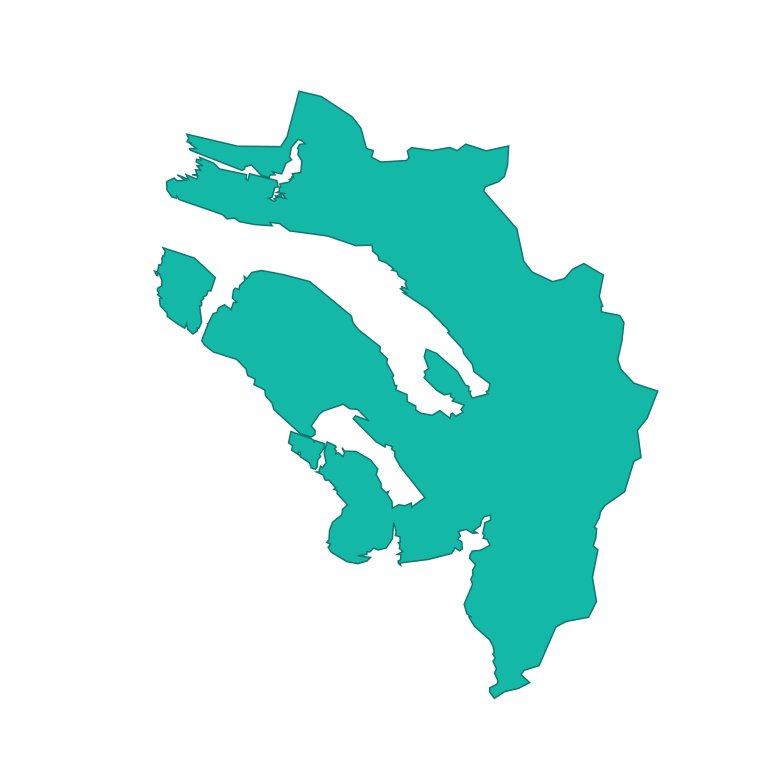 Hyllestad nor, Sogn og Fjordane, Norway (Albers equal-area conic projection), rotated 18°
{"feature_id": "86288312B29957343323174", "entity_name": "Hyllestad nor", "entity_type": "district", "adm_level": 2, "iso_a3": "NOR", "parent_name": "Norway", "parent_adm1": "Sogn og Fjordane", "projection": "albers", "projection_center": [5.193, 61.176], "detail": "fine", "context": "isolated", "style": "filled", "palette": "teal", "viewbox_px": 768, "rotation_deg": 18, "n_neighbors": 0, "source": "geoboundaries", "source_scale": "gbopen_adm2", "svg_char_len": 6160}
<svg xmlns="http://www.w3.org/2000/svg" viewBox="0 0 768 768"><g transform="rotate(18 384 384)"><path d="M119.2,207.4L122.3,210.6L121.8,214.5L126.9,214.0L125.0,215.2L132.9,218.0L126.3,220.2L127.5,221.5L182.9,224.7L184.9,222.8L184.7,220.3L190.2,216.6L202.7,223.4L211.1,223.1L211.1,220.5L215.7,218.7L212.5,216.7L221.8,215.8L222.5,204.3L226.9,199.3L224.0,197.3L222.8,187.7L226.6,178.2L229.8,177.7L234.8,179.8L229.7,182.1L228.9,186.6L230.4,187.3L231.2,192.4L236.8,197.1L239.6,208.7L231.8,212.3L234.3,215.5L231.7,215.5L233.0,216.1L231.0,218.6L232.3,218.7L231.5,221.2L223.1,226.0L224.9,228.6L223.6,229.2L224.8,233.1L222.8,235.0L230.5,233.6L229.2,235.2L233.5,237.9L225.4,238.7L229.1,237.7L227.2,235.1L224.6,237.6L225.2,239.5L222.0,238.1L223.9,240.1L222.2,242.0L224.4,242.7L223.1,244.3L216.8,243.1L220.0,240.6L219.4,231.0L222.3,229.2L219.3,223.7L191.2,225.6L191.6,232.6L189.7,231.9L188.6,227.4L161.0,230.3L154.1,226.6L138.8,225.4L140.7,227.7L136.2,228.2L136.8,230.8L144.4,232.3L138.6,234.1L143.6,237.4L138.4,238.5L141.5,242.5L136.9,244.2L142.7,243.8L142.6,247.0L131.1,246.0L134.8,249.9L122.7,248.9L132.2,251.7L124.5,254.7L120.7,253.0L114.7,258.8L117.7,266.6L124.5,271.6L129.0,271.5L128.7,269.1L132.2,271.9L178.1,272.8L183.8,275.5L190.9,272.3L196.1,274.3L211.8,272.3L228.7,268.1L225.6,265.5L235.1,263.7L247.1,267.5L284.5,260.7L314.5,261.1L329.7,255.6L332.3,261.3L338.6,263.8L341.0,267.7L348.7,268.0L357.5,271.5L356.2,273.3L361.3,272.9L364.5,276.8L373.4,278.9L373.1,282.1L377.1,286.4L370.8,286.0L371.6,287.6L370.4,288.4L377.3,290.5L374.6,291.4L403.0,299.3L427.5,312.1L429.8,314.2L428.7,315.3L448.5,326.6L450.0,330.0L461.9,338.0L465.7,344.4L484.8,351.1L485.3,358.0L483.6,359.4L486.0,361.3L472.3,370.1L468.6,366.6L468.7,364.1L466.7,364.6L465.6,360.1L461.8,360.0L450.0,349.4L424.2,338.6L413.4,337.9L413.8,345.6L421.7,355.5L418.4,359.8L420.9,362.5L420.1,365.6L436.4,373.8L444.7,375.7L450.5,372.4L451.1,375.3L455.5,376.4L454.1,378.9L466.9,379.3L465.1,384.4L467.9,386.4L462.0,392.6L458.2,390.6L456.9,391.8L457.4,396.3L445.4,392.0L439.4,398.9L427.9,400.4L422.2,398.9L421.0,395.1L411.5,393.5L409.2,387.0L397.1,385.9L396.6,381.5L394.7,382.0L389.8,374.8L390.5,372.9L380.0,363.0L379.5,359.1L370.1,354.4L368.9,349.8L343.1,340.3L335.6,335.3L332.0,329.4L281.6,309.5L254.1,311.1L232.3,313.9L223.8,318.8L221.0,326.3L217.9,324.9L219.6,328.8L216.2,335.1L217.1,339.0L212.9,338.8L211.9,341.4L213.2,349.1L218.9,351.8L215.6,353.0L215.7,360.7L207.8,357.9L203.2,362.8L203.0,367.9L199.8,369.7L198.1,381.2L196.8,381.1L198.1,381.8L197.2,399.0L201.2,402.4L211.9,406.3L236.2,406.1L248.1,412.3L251.8,418.1L260.0,419.1L260.5,424.8L272.5,426.5L274.9,431.7L283.1,436.5L287.3,442.4L319.6,457.0L331.4,456.8L334.0,453.4L332.9,449.5L327.8,446.6L331.7,433.0L334.7,428.4L351.5,415.8L359.0,418.1L366.7,416.3L381.2,423.7L366.8,423.0L365.5,426.6L394.4,441.4L404.5,443.6L404.0,440.7L411.6,441.0L411.2,443.5L415.3,445.0L416.5,449.5L425.1,457.5L458.0,479.4L448.2,492.7L446.8,488.7L441.4,493.4L435.3,494.2L430.4,499.7L427.9,493.3L421.4,488.0L421.5,484.8L419.4,486.7L413.5,483.8L411.8,479.3L404.7,472.7L404.4,466.8L394.9,460.5L378.4,456.8L367.0,460.0L363.8,457.4L367.8,462.0L367.4,465.8L361.8,463.5L359.7,465.5L359.2,462.3L356.7,461.0L358.0,459.1L357.1,457.8L347.8,456.7L348.2,467.7L353.3,476.8L351.5,482.5L349.0,481.8L349.1,487.6L347.1,488.5L354.0,489.3L357.7,493.6L361.6,492.5L370.0,497.7L368.9,499.7L372.4,499.7L373.2,502.7L386.7,510.2L383.2,516.0L384.4,521.2L377.8,531.4L377.4,540.0L379.8,548.9L378.5,552.4L382.6,552.8L381.3,556.6L386.1,560.3L403.6,564.4L414.6,563.0L422.6,557.5L424.8,553.1L412.0,555.6L420.4,551.4L419.3,548.8L422.5,548.1L424.9,543.2L429.6,543.7L436.8,539.3L439.8,528.6L436.0,512.7L441.3,520.8L441.6,524.5L446.4,524.5L448.4,529.8L446.6,530.5L449.1,532.6L449.4,535.7L453.6,537.4L449.5,541.8L452.9,541.0L454.0,546.1L452.1,548.1L453.3,550.3L455.8,551.3L454.7,549.2L480.3,537.2L500.6,524.3L502.3,517.9L507.3,519.3L509.5,516.7L506.7,509.9L502.0,509.0L503.5,505.0L500.4,501.3L507.2,496.8L514.4,498.6L518.6,496.9L514.4,495.8L519.4,489.0L519.0,482.8L520.4,479.1L525.7,475.9L527.5,480.4L522.9,484.7L524.1,495.6L526.3,496.9L525.9,500.0L530.0,499.8L534.7,504.6L527.0,512.4L519.5,515.7L518.7,520.6L519.3,523.4L527.1,527.7L525.8,533.6L527.5,537.8L527.0,542.9L530.1,547.2L528.3,568.7L533.8,576.9L538.5,578.5L536.8,579.4L545.2,586.6L563.5,594.6L568.7,599.6L571.6,604.7L571.1,607.3L574.6,610.3L573.3,613.9L579.0,620.1L578.3,624.7L584.3,631.3L584.2,634.6L578.4,640.4L579.6,644.1L586.1,648.9L593.8,639.3L606.0,631.9L614.8,623.0L604.2,618.1L605.7,613.0L618.5,603.9L622.6,561.8L630.6,553.6L650.6,542.6L653.3,525.2L642.0,503.5L638.7,475.6L633.0,473.3L633.1,465.0L630.8,455.8L628.2,455.3L630.1,444.7L629.3,438.7L631.7,431.1L646.1,412.1L645.5,380.5L651.2,374.5L639.3,349.7L644.9,335.1L646.5,306.2L621.3,306.0L604.8,296.9L598.7,288.4L597.1,270.3L593.2,251.4L586.9,246.0L568.6,248.2L566.8,243.4L568.0,242.5L561.7,234.4L559.0,212.6L536.8,207.7L527.8,216.7L523.1,228.0L512.7,234.5L490.2,231.7L479.0,224.1L462.4,195.4L419.2,169.7L419.4,165.1L430.1,156.5L434.4,149.5L433.9,137.9L429.0,119.1L409.1,130.7L387.7,130.6L381.6,139.4L373.5,138.7L357.9,147.0L337.2,150.7L334.2,155.2L337.8,160.9L336.3,164.5L312.4,173.9L302.1,172.1L301.7,165.3L294.5,165.4L283.0,147.8L271.0,139.7L235.6,130.0L212.8,131.8L215.4,178.7L212.6,190.1L171.6,203.0L119.2,207.4ZM164.9,322.8L131.8,322.7L134.9,325.4L135.3,330.5L134.1,330.4L133.9,333.6L135.5,336.2L135.0,340.1L133.1,340.0L133.9,347.5L130.9,347.6L134.0,350.9L135.3,350.9L134.3,347.9L136.0,348.4L140.9,354.3L142.3,359.5L139.4,362.6L139.6,365.1L141.8,367.1L141.1,369.0L146.1,371.1L144.1,372.3L147.1,378.8L155.9,383.6L157.1,386.8L169.7,390.8L177.3,392.6L177.5,387.5L180.5,392.7L186.8,395.5L190.1,391.1L188.9,388.5L190.8,388.0L191.4,381.6L184.5,366.7L186.2,366.1L185.6,362.9L184.1,362.2L186.1,358.4L185.2,357.1L187.8,354.6L188.0,349.5L190.6,349.0L190.7,334.9L164.9,322.8ZM331.2,458.4L310.2,458.0L311.4,469.5L316.1,471.0L316.6,475.5L324.9,477.7L323.6,475.7L325.6,474.5L326.7,479.0L337.5,481.9L340.5,486.2L345.0,486.3L346.0,483.5L344.4,476.4L346.1,472.6L344.5,471.3L346.7,463.7L345.9,459.2L335.7,459.1L335.5,461.9L335.2,459.4L331.2,458.4Z" fill="#14b8a6" stroke="#0f766e" stroke-width="1.5"/></g></svg>